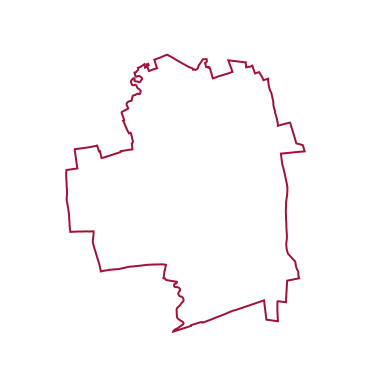 the district of Andrieseni, Iasi, Romania, rotated 16°
{"feature_id": "2599482B25328150396087", "entity_name": "Andrieseni", "entity_type": "district", "adm_level": 2, "iso_a3": "ROU", "parent_name": "Romania", "parent_adm1": "Iasi", "projection": "albers", "projection_center": [27.294, 47.519], "detail": "fine", "context": "isolated", "style": "outline", "palette": "rose", "viewbox_px": 384, "rotation_deg": 16, "n_neighbors": 0, "source": "geoboundaries", "source_scale": "gbopen_adm2", "svg_char_len": 5931}
<svg xmlns="http://www.w3.org/2000/svg" viewBox="0 0 384 384"><g transform="rotate(16 192 192)"><path d="M234.0,62.1L229.8,64.8L228.8,63.4L226.8,61.3L223.4,58.2L219.9,60.7L215.1,53.9L213.4,55.4L212.7,55.8L209.6,57.2L209.1,55.6L208.3,53.8L208.1,53.4L208.0,52.6L190.6,55.4L197.8,65.3L193.6,68.4L189.1,71.2L184.9,74.0L183.3,75.3L180.7,77.0L175.8,69.2L175.0,68.0L174.4,67.3L173.5,68.1L173.0,67.4L171.1,68.0L169.0,64.3L169.9,63.6L170.3,62.2L169.5,60.3L165.9,61.4L163.6,68.5L163.4,71.7L163.2,72.0L162.7,72.8L161.7,73.7L161.6,73.8L160.9,73.7L160.4,73.6L160.0,73.4L159.4,74.1L159.2,73.8L158.3,73.2L157.7,72.9L155.7,72.8L154.0,72.6L150.8,71.9L150.4,71.7L147.9,71.2L142.4,69.8L139.6,69.2L136.9,68.3L136.4,68.3L135.2,67.9L133.6,67.6L130.9,67.0L130.2,66.9L129.4,67.4L125.7,70.5L119.3,75.3L124.3,82.7L121.1,84.7L118.7,86.6L117.2,87.6L114.8,84.0L114.1,82.9L115.3,81.9L114.4,80.9L113.1,81.8L114.2,83.2L114.4,83.6L113.5,84.3L113.7,84.5L112.6,85.4L110.9,82.4L108.0,85.9L106.4,87.1L105.8,87.6L106.3,88.1L106.5,88.6L106.6,88.9L106.5,89.3L106.4,89.7L105.7,90.8L105.4,91.8L105.2,92.3L104.9,92.5L104.2,92.7L104.0,92.9L103.8,93.1L103.9,93.3L104.0,93.6L104.9,94.7L105.7,96.2L106.1,96.5L106.6,96.6L107.0,96.3L108.2,95.4L109.0,95.2L109.8,95.1L111.8,95.8L112.3,96.2L112.6,96.5L112.8,96.8L112.9,97.1L112.9,97.4L112.7,97.8L112.2,98.7L112.0,99.9L111.8,100.5L111.5,100.7L110.9,101.0L109.2,100.8L108.6,100.9L107.7,101.2L107.2,101.2L106.6,101.2L106.3,101.1L106.0,100.9L105.9,100.6L105.9,99.8L105.6,99.0L105.4,98.8L105.2,98.6L104.9,98.6L104.5,98.8L103.7,99.7L103.4,100.4L103.1,101.1L102.8,102.0L102.8,102.8L102.9,103.1L103.4,103.7L104.1,104.7L104.4,105.1L104.8,105.4L105.3,105.6L105.9,105.7L106.3,105.6L107.3,104.9L107.8,104.7L108.2,104.6L108.5,104.6L109.0,104.9L110.9,107.0L111.5,107.3L113.2,107.8L114.0,108.3L114.6,108.8L114.9,109.4L115.0,109.9L115.0,110.4L115.0,111.2L114.9,111.7L114.9,112.0L114.6,112.3L112.9,112.5L112.5,112.6L112.0,112.9L111.5,113.3L110.9,114.3L110.7,114.5L109.4,115.1L108.8,115.6L108.5,116.3L108.4,116.8L108.7,117.9L108.6,119.1L108.8,120.5L108.5,121.1L107.3,121.6L106.8,122.0L106.3,122.4L105.8,122.9L105.2,123.8L104.8,124.6L104.9,125.5L104.9,125.8L105.2,126.4L107.1,128.5L107.7,129.2L107.4,129.7L102.8,134.0L102.5,134.5L102.4,134.9L102.6,135.3L105.7,139.7L106.5,141.1L107.0,141.8L106.1,142.5L108.6,145.3L109.9,147.0L111.1,148.5L111.9,149.3L111.9,149.6L115.3,153.0L116.5,152.0L117.5,153.0L118.7,155.1L119.2,155.9L119.3,156.1L119.5,156.6L119.8,157.3L120.2,157.7L120.2,157.8L120.8,158.8L121.5,160.3L121.1,161.5L120.7,161.9L121.5,163.7L123.0,167.4L119.0,169.2L112.1,172.5L112.3,173.4L108.3,176.0L102.4,180.0L99.5,181.9L99.6,182.0L97.9,183.1L95.7,184.3L92.2,178.1L91.9,178.3L91.4,178.6L88.7,174.5L87.9,173.5L87.4,173.9L86.1,174.6L80.2,177.6L74.6,180.1L67.5,183.2L67.7,184.0L68.3,185.3L75.3,201.0L65.2,205.5L66.1,209.5L68.4,216.5L68.9,217.6L69.6,220.1L70.1,221.6L71.0,223.6L71.2,224.6L71.3,225.1L72.0,226.8L72.4,228.1L72.7,229.7L72.8,230.6L73.6,233.9L74.2,235.3L75.5,237.8L76.2,239.2L77.6,242.1L79.5,246.4L80.9,250.2L81.4,251.9L81.9,253.1L83.1,256.4L83.6,258.0L85.0,261.3L86.0,263.9L94.3,261.1L95.9,260.7L101.6,258.9L104.0,258.3L106.2,257.6L108.1,256.9L108.9,259.2L109.4,262.1L109.7,263.9L110.2,266.6L110.4,267.4L110.8,268.2L113.1,272.1L114.3,273.9L119.0,281.2L121.8,285.4L123.3,287.9L125.4,291.7L126.2,293.5L127.7,292.7L130.3,291.4L133.3,290.0L133.9,289.8L134.5,289.3L135.6,289.0L141.1,286.9L142.9,286.2L147.8,283.6L151.1,281.7L153.5,280.6L154.3,280.4L162.3,277.2L167.7,274.9L171.1,273.6L174.2,272.6L183.8,269.6L187.0,269.2L187.2,271.6L187.5,274.6L187.4,275.2L187.4,276.4L187.5,276.9L187.7,277.4L187.8,278.0L188.2,281.0L188.2,282.0L188.2,282.6L188.3,282.8L189.1,282.8L190.0,282.6L190.8,283.4L191.1,283.6L191.8,283.7L202.2,282.5L202.3,283.0L202.3,283.4L202.1,283.8L202.0,284.2L201.2,284.7L200.8,285.2L200.4,285.7L200.4,286.1L200.4,286.5L200.5,286.9L201.1,287.7L201.6,287.9L202.1,288.1L203.2,287.7L204.6,287.5L205.9,287.6L206.5,288.0L207.2,288.6L207.5,289.1L207.6,289.8L207.4,290.6L206.9,291.8L206.7,292.7L206.7,293.3L207.1,294.1L207.9,294.8L208.6,295.4L209.6,295.5L211.0,295.5L211.7,295.7L212.5,296.3L213.1,297.0L213.6,298.0L213.8,298.8L213.6,299.7L212.5,301.7L211.5,304.8L210.7,305.9L209.9,307.1L209.6,308.2L209.5,309.0L211.3,314.5L212.0,316.2L212.5,317.0L212.9,317.3L214.3,318.1L218.8,319.4L219.3,319.6L219.7,320.0L220.0,320.4L220.1,320.8L220.0,321.3L219.8,321.9L218.1,324.0L215.7,326.9L213.4,329.1L213.0,329.8L212.4,331.0L212.4,331.4L228.0,321.0L227.9,320.2L235.9,315.0L237.0,314.3L237.3,314.2L238.0,314.7L239.4,313.8L244.5,310.1L245.1,309.6L246.2,308.8L251.9,304.3L255.3,301.8L263.5,295.2L267.0,293.1L291.1,276.3L298.7,294.2L305.1,293.3L310.2,292.5L308.3,287.0L306.4,281.4L306.1,280.1L306.0,279.7L304.3,273.8L304.3,273.7L304.6,273.4L305.9,273.1L312.7,272.1L312.5,271.4L308.2,252.4L307.9,251.0L318.8,245.4L318.2,244.6L317.8,243.9L317.3,243.0L317.0,242.2L316.6,240.7L316.3,239.9L316.0,239.3L315.4,238.5L314.2,237.4L314.1,237.2L312.9,235.5L311.8,233.5L310.7,231.0L310.4,230.6L310.0,230.2L303.6,226.3L301.6,225.0L300.8,224.2L300.0,222.9L299.3,221.8L298.3,219.8L297.7,218.1L297.1,216.6L296.7,214.7L296.0,210.5L295.7,209.3L295.2,207.6L292.8,200.9L291.0,195.2L289.8,192.0L289.1,189.6L288.2,186.7L287.6,185.0L287.2,183.5L286.3,179.8L285.8,177.9L285.1,174.9L284.5,170.4L284.0,167.4L283.8,166.4L282.9,162.9L282.4,161.3L282.2,160.7L281.9,160.3L282.0,160.2L278.8,153.9L277.4,151.5L276.9,150.4L275.0,146.9L273.5,144.4L272.2,142.1L271.7,141.4L271.0,140.1L269.5,136.8L266.9,130.6L271.2,128.9L283.8,123.9L289.1,121.9L285.7,116.5L281.8,116.4L278.9,116.5L276.3,112.5L275.3,110.8L268.0,99.6L267.6,99.1L266.9,98.3L260.6,102.0L256.3,104.7L255.8,103.1L254.9,101.2L254.3,100.0L253.0,97.6L250.7,93.8L250.1,93.1L249.9,92.8L249.4,91.3L248.9,90.3L248.6,89.9L247.9,89.1L246.2,85.8L245.7,84.3L245.4,83.1L244.9,82.1L241.3,75.5L240.9,74.9L239.1,72.9L238.3,71.8L236.6,68.8L235.9,67.4L235.2,65.6L234.6,64.4L234.0,62.1Z" fill="none" stroke="#9f1239" stroke-width="2"/></g></svg>